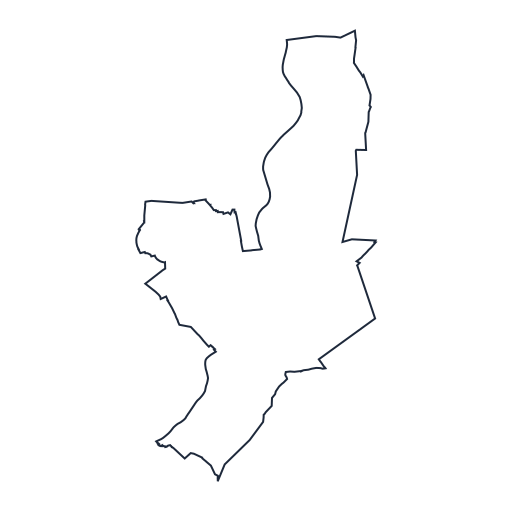 Venlo, Limburg, Netherlands (Equal Earth projection)
{"feature_id": "6326949B62614877207788", "entity_name": "Venlo", "entity_type": "district", "adm_level": 2, "iso_a3": "NLD", "parent_name": "Netherlands", "parent_adm1": "Limburg", "projection": "equal_earth", "projection_center": [6.131, 51.392], "detail": "fine", "context": "isolated", "style": "outline", "palette": "slate", "viewbox_px": 512, "rotation_deg": 0, "n_neighbors": 0, "source": "geoboundaries", "source_scale": "gbopen_adm2", "svg_char_len": 5712}
<svg xmlns="http://www.w3.org/2000/svg" viewBox="0 0 512 512"><path d="M217.7,481.3L224.7,464.4L249.6,440.1L263.1,421.9L263.6,417.6L263.7,414.7L264.7,413.8L265.7,412.2L271.7,405.9L272.0,397.9L275.1,394.2L275.8,391.4L279.1,386.5L281.8,383.9L283.5,382.6L287.1,379.0L286.8,378.0L286.7,377.6L286.3,376.8L285.7,375.9L285.3,375.0L285.3,374.1L285.8,372.0L290.1,371.5L294.4,371.8L300.5,371.1L300.8,371.5L301.9,371.0L301.8,370.8L303.8,370.2L308.3,369.7L311.8,368.7L316.3,367.9L320.4,368.1L322.6,368.7L324.3,368.5L325.5,368.3L325.1,367.7L323.9,366.5L320.9,362.1L320.2,361.3L318.8,359.3L375.1,318.5L357.5,266.2L357.1,265.4L359.6,262.9L356.6,261.3L361.6,257.5L362.2,256.7L363.4,255.4L364.3,254.5L365.0,253.9L367.0,251.8L367.8,250.9L368.6,249.9L370.9,247.8L371.9,246.7L372.8,245.6L375.7,242.3L374.5,242.0L375.5,240.5L351.9,239.3L342.5,242.0L357.1,174.9L355.8,150.8L356.3,149.8L366.1,150.0L365.3,135.3L365.2,133.0L365.6,132.3L366.3,129.6L368.4,121.8L368.7,112.0L369.1,111.2L369.5,110.1L370.2,108.1L370.8,107.0L370.1,106.1L369.5,105.5L370.5,99.0L370.6,94.8L368.3,88.2L367.9,87.6L367.8,86.9L367.6,86.4L363.6,75.2L362.8,76.5L360.3,72.4L358.8,70.5L356.4,66.6L353.9,62.9L354.0,62.1L354.0,58.6L354.6,54.6L355.6,47.5L355.4,47.3L356.1,40.3L355.5,37.2L354.9,30.7L340.5,37.6L339.7,37.5L337.7,37.2L335.0,36.8L316.3,36.1L286.7,40.0L287.0,42.7L287.1,44.6L287.0,45.7L286.8,47.5L285.9,51.5L285.7,52.6L284.9,55.4L284.5,56.9L283.9,59.0L283.6,60.4L283.1,63.1L282.8,64.7L282.6,67.1L282.7,69.3L282.7,69.9L282.9,71.3L282.9,71.8L283.5,73.7L284.9,76.5L285.6,77.4L287.5,80.5L288.5,81.8L288.6,82.3L289.1,83.1L291.1,85.7L293.3,88.2L295.1,90.3L297.0,92.6L299.7,97.0L300.6,100.0L300.9,101.4L301.4,104.0L301.6,105.9L301.8,108.0L301.3,111.4L301.3,112.6L300.5,115.3L298.8,118.4L297.8,120.4L296.2,122.6L293.5,125.9L287.8,131.1L283.6,134.8L282.5,136.0L281.6,136.8L280.0,138.5L276.0,143.3L274.6,145.1L273.7,146.2L271.1,149.3L268.6,152.1L267.7,153.4L266.6,155.1L265.6,157.0L265.2,157.8L264.0,161.4L263.7,162.8L263.1,166.5L263.1,168.6L263.2,170.0L267.5,184.4L269.2,189.0L270.0,192.6L270.1,196.7L269.6,199.3L268.8,201.7L267.7,203.7L266.4,205.2L263.0,208.0L261.9,209.1L259.2,212.5L257.9,215.4L256.6,219.2L255.8,223.3L255.6,225.9L256.1,228.2L257.0,231.8L258.2,235.8L258.8,240.6L259.5,243.2L260.3,245.4L261.8,249.0L260.1,249.5L260.0,249.4L258.9,249.6L254.3,250.0L254.0,250.0L252.0,250.2L251.4,250.4L242.9,251.1L242.7,250.2L241.9,246.6L241.0,241.6L240.9,240.9L241.2,240.8L236.7,216.6L235.8,213.0L235.7,213.1L235.5,212.1L234.6,212.4L234.4,210.7L234.4,209.6L232.5,209.6L230.4,214.3L228.0,212.4L223.5,213.9L223.0,212.2L219.4,212.1L217.8,212.2L217.7,210.9L216.0,211.1L215.9,210.1L213.8,210.1L213.0,209.0L212.9,208.8L212.1,207.7L210.0,205.2L210.2,204.8L209.7,204.8L209.4,204.5L208.6,203.6L205.3,200.1L205.8,200.0L205.7,199.4L198.8,200.5L198.1,200.7L196.8,200.9L195.7,201.1L194.6,201.3L194.2,201.4L194.0,201.5L193.7,201.9L193.6,202.2L193.6,202.5L193.7,202.8L193.9,203.1L193.7,203.1L193.4,203.3L191.6,201.5L189.6,201.8L182.6,202.9L178.9,202.7L151.8,200.9L151.3,200.9L147.5,201.4L145.5,201.7L145.2,203.8L145.1,204.5L145.2,205.2L145.2,205.7L144.3,215.4L144.3,221.9L144.1,221.8L144.2,222.5L138.8,229.1L139.6,229.6L139.3,230.0L139.8,230.3L139.4,230.9L138.5,232.6L138.0,233.5L137.7,234.4L137.2,235.3L136.9,236.2L136.5,237.9L136.4,238.7L136.3,240.5L136.4,241.4L136.4,242.3L136.7,244.1L136.9,244.9L137.1,245.8L137.4,246.7L138.7,249.3L138.4,249.4L140.4,253.1L141.7,252.8L142.3,252.6L144.8,252.0L145.3,253.2L146.5,253.2L147.1,253.2L147.7,253.4L148.4,253.6L149.6,254.3L150.4,254.6L151.3,256.4L154.8,255.6L155.0,256.3L155.5,257.1L155.8,257.7L156.4,258.4L157.0,259.1L157.6,259.7L157.9,259.7L159.1,260.6L160.1,261.2L161.3,261.7L163.6,262.3L164.8,262.4L165.0,262.3L165.2,268.6L162.7,270.2L145.3,283.7L155.5,291.7L158.6,294.6L160.2,296.6L160.7,299.0L166.1,296.5L167.4,299.5L167.9,300.3L167.5,300.5L168.0,301.3L168.5,302.0L172.1,308.2L174.7,313.6L174.9,313.8L176.3,317.6L177.2,319.5L177.3,319.5L177.7,320.5L178.0,321.7L179.4,324.8L190.6,326.9L190.9,327.0L197.5,334.1L199.1,335.5L201.5,338.3L203.3,340.6L206.2,343.9L207.0,344.8L208.9,346.7L210.6,345.2L212.5,346.8L212.4,346.9L213.3,347.7L214.9,349.1L214.0,349.7L215.8,351.7L211.0,354.7L208.9,356.3L206.9,358.1L206.3,358.9L205.6,360.1L205.3,361.7L205.2,363.1L205.2,364.7L205.5,367.0L205.8,369.1L206.6,371.7L207.6,375.7L208.0,377.9L208.0,378.3L207.6,380.7L207.0,383.3L206.0,386.1L205.0,391.1L203.7,393.4L202.3,395.4L201.2,396.7L199.7,398.4L197.5,400.4L196.2,402.0L195.0,403.7L194.3,404.8L189.0,412.7L187.9,414.2L187.3,415.2L186.4,416.5L185.4,418.3L183.9,419.8L182.9,420.6L180.6,422.3L177.6,423.9L175.7,425.4L173.8,427.1L173.1,427.9L170.5,431.3L168.5,433.4L165.7,435.8L163.1,437.9L161.2,439.1L156.2,441.4L157.7,443.1L157.9,443.2L158.0,443.1L158.4,443.3L158.5,443.4L158.4,443.4L158.1,443.7L157.9,443.7L157.8,443.8L158.0,444.0L158.3,444.1L158.5,443.9L158.6,444.1L158.3,444.1L158.2,444.4L158.2,444.5L158.4,444.5L158.5,444.6L158.4,444.7L158.5,444.9L158.8,445.2L159.1,445.3L159.2,445.6L159.3,445.7L159.7,445.8L160.4,446.1L160.9,445.9L161.2,445.9L161.3,445.7L161.5,445.6L161.4,445.9L161.4,446.0L161.5,446.1L161.8,446.0L162.1,446.1L162.2,445.9L162.6,445.9L162.6,445.7L163.1,445.8L163.4,445.8L163.8,446.0L163.7,446.1L164.3,446.4L164.9,446.4L165.2,446.4L165.3,446.7L165.5,446.8L165.5,447.0L166.3,446.8L166.6,446.8L167.0,446.5L167.0,446.4L167.1,446.2L167.6,445.8L168.0,445.8L168.5,445.5L169.6,445.3L169.8,445.2L170.0,445.2L170.0,445.3L170.4,445.6L170.7,445.8L170.9,445.9L171.0,445.9L171.1,446.0L171.5,446.7L171.7,447.1L172.0,447.1L172.3,447.1L172.7,447.6L173.3,447.9L184.7,458.5L190.7,453.1L193.8,453.7L202.2,457.6L202.3,458.3L210.9,465.6L215.0,474.3L217.8,475.7L217.7,478.6L217.8,480.3L217.7,481.3Z" fill="none" stroke="#1e293b" stroke-width="2"/></svg>